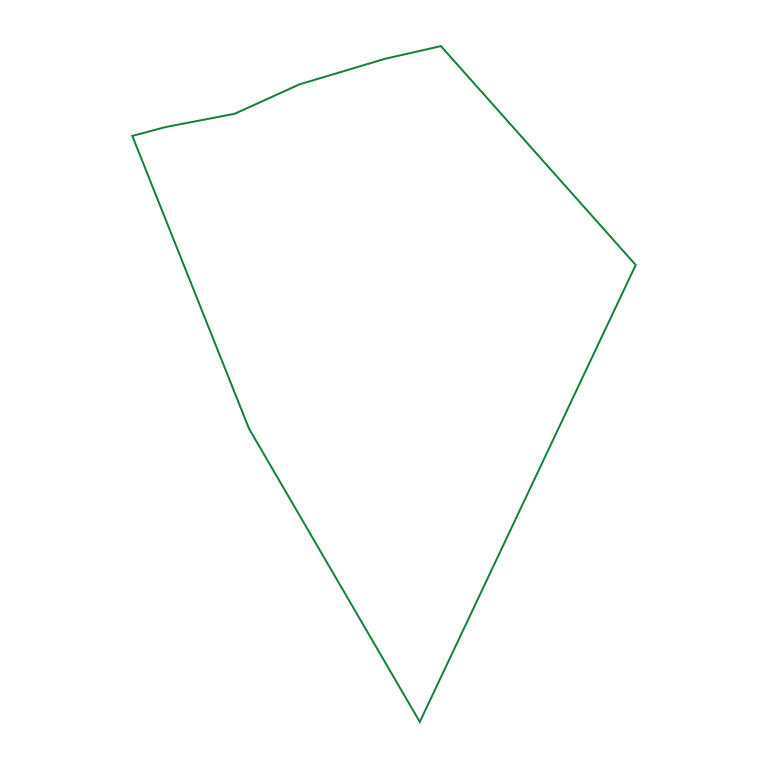 outline of El Arish 2, Shamal Sina', Egypt
{"feature_id": "37247803B92931346383246", "entity_name": "El Arish 2", "entity_type": "district", "adm_level": 2, "iso_a3": "EGY", "parent_name": "Egypt", "parent_adm1": "Shamal Sina'", "projection": "equal_earth", "projection_center": [33.737, 31.084], "detail": "fine", "context": "isolated", "style": "outline", "palette": "green", "viewbox_px": 768, "rotation_deg": 0, "n_neighbors": 0, "source": "geoboundaries", "source_scale": "gbopen_adm2", "svg_char_len": 243}
<svg xmlns="http://www.w3.org/2000/svg" viewBox="0 0 768 768"><path d="M440.9,46.1L385.3,58.7L299.6,84.3L234.5,113.8L165.7,127.0L132.3,135.9L249.0,428.6L419.8,721.9L635.7,265.0L440.9,46.1Z" fill="none" stroke="#15803d" stroke-width="2"/></svg>